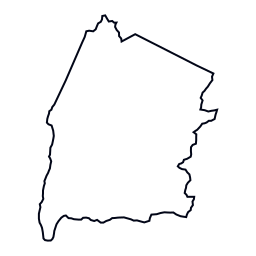 outline of Piquet Carneiro, Ceará, Brazil
{"feature_id": "56859067B98539015493985", "entity_name": "Piquet Carneiro", "entity_type": "district", "adm_level": 2, "iso_a3": "BRA", "parent_name": "Brazil", "parent_adm1": "Ceará", "projection": "mercator", "projection_center": [-39.446, -5.857], "detail": "fine", "context": "isolated", "style": "outline", "palette": "ink", "viewbox_px": 256, "rotation_deg": 0, "n_neighbors": 0, "source": "geoboundaries", "source_scale": "gbopen_adm2", "svg_char_len": 2316}
<svg xmlns="http://www.w3.org/2000/svg" viewBox="0 0 256 256"><path d="M186.2,217.1L186.9,214.6L188.1,212.1L190.7,210.1L191.0,207.7L192.9,205.1L192.5,201.5L193.9,199.2L194.2,196.8L191.3,196.8L187.4,196.8L186.5,194.8L184.7,193.0L185.3,190.0L186.0,187.9L186.3,185.3L187.9,182.7L190.4,180.2L190.1,177.5L189.4,174.4L187.3,172.4L185.5,169.6L182.0,169.1L179.4,167.8L177.8,166.3L179.2,164.0L181.3,163.4L183.1,162.2L183.9,159.8L187.1,158.8L190.7,156.7L191.2,154.4L190.9,150.9L191.0,147.2L192.7,144.9L195.9,143.7L196.2,140.2L196.2,137.1L196.3,134.3L193.6,132.2L195.4,130.9L197.2,129.8L200.3,126.5L202.2,123.7L204.6,123.3L206.6,122.5L208.8,120.8L211.2,120.8L214.6,119.0L215.6,114.5L216.4,112.2L217.1,109.7L214.3,110.4L211.4,110.8L208.3,111.5L204.7,110.2L200.4,109.5L201.1,107.5L201.3,104.6L202.6,100.4L200.7,97.9L201.7,95.6L202.6,92.6L204.4,91.0L206.1,88.6L207.8,86.7L210.0,83.2L212.4,80.1L212.0,76.7L213.4,73.5L196.7,65.5L170.6,52.2L135.2,34.2L121.6,41.5L121.2,38.5L119.1,36.1L119.0,32.5L116.7,30.0L115.1,26.9L115.4,24.6L116.4,22.6L114.2,22.7L112.2,21.0L108.8,21.5L107.2,18.9L105.2,15.4L102.3,16.0L102.0,19.4L100.8,21.8L98.1,23.4L96.9,26.2L95.7,29.3L93.2,31.3L89.1,30.7L86.3,31.3L85.5,34.2L84.7,37.0L82.3,42.2L65.7,80.5L54.3,104.6L52.3,107.0L51.4,109.7L49.3,111.2L49.0,113.6L48.0,116.4L47.3,118.9L46.9,122.6L48.5,124.3L51.6,125.5L53.2,130.7L53.8,135.9L53.4,138.4L52.8,141.4L52.1,144.6L50.4,147.7L50.0,154.7L49.0,156.6L50.1,158.3L51.2,161.3L50.4,164.8L49.9,168.5L48.9,170.7L48.1,172.9L46.6,175.6L45.4,178.7L44.4,181.1L44.8,183.3L43.9,186.0L43.0,190.5L43.0,193.4L42.8,196.1L43.3,198.9L41.7,202.1L39.8,204.2L40.4,207.2L38.9,213.7L38.9,218.7L39.6,222.7L40.9,225.0L42.0,227.8L42.8,232.2L43.5,238.5L45.0,240.1L47.7,240.6L50.8,240.5L52.4,239.0L53.4,237.0L54.0,233.6L54.3,231.0L56.5,224.3L58.4,221.3L61.3,217.7L63.8,215.9L65.9,215.5L68.5,218.1L71.3,218.3L73.9,219.2L78.5,219.6L81.2,219.6L83.1,217.8L86.1,217.6L88.9,218.2L90.8,220.0L94.2,221.0L97.1,219.9L100.7,222.6L103.4,222.6L106.2,221.0L109.9,219.8L112.2,218.1L114.7,218.0L118.1,217.6L120.8,217.5L124.0,217.4L130.9,219.3L133.7,220.6L137.0,220.4L141.3,221.6L144.3,222.4L149.4,220.8L149.9,218.1L151.4,214.6L156.7,214.2L160.6,213.0L164.4,212.3L167.6,212.5L170.1,212.6L173.4,212.5L176.3,214.5L180.5,216.2L183.5,216.7L186.2,217.1Z" fill="none" stroke="#020617" stroke-width="2"/></svg>